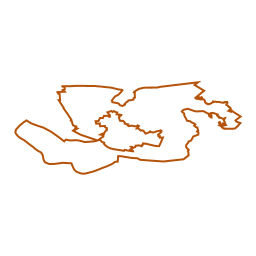 Salaspils pag., Salaspils, Latvia (Natural Earth projection)
{"feature_id": "27541924B60067262699330", "entity_name": "Salaspils pag.", "entity_type": "district", "adm_level": 2, "iso_a3": "LVA", "parent_name": "Latvia", "parent_adm1": "Salaspils", "projection": "natural_earth1", "projection_center": [24.381, 56.873], "detail": "fine", "context": "isolated", "style": "outline", "palette": "amber", "viewbox_px": 256, "rotation_deg": 0, "n_neighbors": 0, "source": "geoboundaries", "source_scale": "gbopen_adm2", "svg_char_len": 5801}
<svg xmlns="http://www.w3.org/2000/svg" viewBox="0 0 256 256"><path d="M188.3,152.4L188.1,151.2L187.9,150.9L188.7,150.0L188.5,149.4L187.5,148.7L186.8,148.1L186.1,146.8L186.1,146.1L186.3,144.9L188.0,142.9L188.5,141.6L191.1,140.5L193.3,136.5L198.3,134.6L198.4,132.7L197.5,131.8L197.0,131.5L197.2,131.2L198.2,131.1L198.2,130.8L198.0,129.8L197.4,128.2L197.4,127.6L195.7,127.0L194.2,125.7L195.4,124.6L195.3,124.3L194.5,123.7L191.6,122.4L189.9,121.1L187.2,120.9L184.2,115.3L184.2,113.5L181.8,111.6L182.7,110.3L185.2,109.3L187.1,109.0L187.6,108.7L193.9,110.9L195.5,111.3L196.9,111.4L203.3,111.1L207.7,113.4L209.4,113.8L208.9,114.5L209.2,116.0L210.7,117.2L211.5,117.5L211.5,115.2L211.0,115.0L210.6,114.5L210.6,113.4L210.8,113.1L212.5,112.9L214.0,113.2L217.7,114.5L217.1,115.5L217.4,115.8L218.7,116.4L218.4,116.7L219.2,117.9L220.0,117.7L221.2,118.0L222.9,118.8L223.8,118.6L224.5,118.2L225.0,118.1L224.8,118.5L224.0,119.7L223.8,120.1L223.9,120.5L224.6,121.6L224.9,123.0L222.9,123.4L223.1,123.8L223.9,123.6L225.1,123.6L225.8,124.8L225.1,124.7L225.3,125.2L223.3,125.7L223.2,125.5L222.0,125.0L220.5,124.1L219.8,122.1L218.9,122.5L219.5,124.4L220.0,124.7L220.0,124.9L220.1,125.0L221.0,125.0L221.8,125.2L221.5,125.6L221.6,125.8L221.5,126.0L220.7,126.0L222.3,126.9L222.5,127.3L222.2,127.6L223.7,128.5L225.5,128.6L225.4,128.8L228.1,128.7L232.5,128.8L235.2,128.4L237.2,126.4L237.6,126.4L237.8,126.2L238.3,125.3L240.4,123.1L236.3,121.6L235.5,120.4L240.6,116.5L231.8,110.9L231.4,111.2L231.1,111.8L228.9,111.0L230.5,110.4L230.7,110.2L229.3,110.0L229.5,109.6L230.2,109.5L230.5,109.3L230.7,108.7L230.4,107.9L229.8,107.3L228.7,106.8L228.1,106.2L228.1,105.9L226.3,104.8L227.4,102.9L227.2,102.0L224.4,102.1L224.4,102.6L223.5,102.8L220.9,102.4L218.7,101.9L216.9,102.1L215.8,101.6L214.2,101.9L213.4,101.4L213.0,101.5L213.0,102.2L210.0,103.9L209.0,104.0L208.1,104.3L208.0,104.2L207.9,103.9L207.0,103.5L206.6,103.7L205.2,102.5L205.1,102.3L205.1,101.6L204.8,100.7L204.3,99.9L203.9,99.5L202.9,99.3L200.7,99.4L200.5,99.0L199.5,99.0L199.1,99.2L198.4,98.5L197.8,98.8L197.4,98.4L198.9,97.6L202.1,98.0L201.7,97.2L201.1,97.6L200.5,97.6L198.2,97.1L197.9,97.9L196.4,98.8L195.4,97.9L196.6,96.9L198.8,95.0L204.1,90.7L194.6,85.0L198.0,82.3L160.5,86.8L157.4,87.5L152.6,87.5L151.7,87.8L151.2,87.5L148.8,87.7L148.0,87.6L144.6,87.7L143.5,87.8L139.2,88.8L138.3,89.2L134.8,91.3L134.2,91.9L133.9,92.4L134.8,92.7L134.7,93.0L134.9,97.6L133.6,98.2L133.5,99.6L131.1,100.2L128.7,100.3L128.2,100.6L127.9,101.2L127.0,102.0L126.3,102.3L124.6,104.1L124.9,104.5L124.6,105.0L122.4,105.9L120.0,105.3L118.5,103.4L112.5,102.2L112.6,101.9L111.8,100.6L114.2,97.4L115.4,96.2L118.2,94.9L120.8,92.3L122.4,90.2L122.1,89.9L118.5,89.4L111.0,87.6L103.6,86.9L103.4,86.8L102.6,86.7L96.5,86.2L94.9,86.0L86.8,86.0L84.9,85.9L75.6,85.9L70.1,86.2L61.5,86.2L64.5,87.1L64.7,87.6L64.7,89.3L62.8,90.0L63.8,90.8L64.7,91.7L60.5,91.9L57.4,92.1L57.4,92.3L57.6,92.4L58.4,93.8L59.6,94.0L60.1,100.2L58.7,100.2L63.8,108.1L63.6,108.4L67.6,114.0L71.2,119.5L71.4,119.9L70.8,120.6L71.8,121.3L72.3,123.2L73.0,125.3L76.2,126.5L75.5,127.6L77.4,128.5L75.2,129.7L74.6,129.4L73.0,130.7L79.4,134.1L81.4,135.0L95.0,139.6L97.7,140.4L96.2,140.9L95.2,141.2L90.1,141.7L84.5,142.1L84.3,142.0L84.3,141.9L81.6,141.2L78.4,140.4L75.3,140.2L72.1,140.4L69.6,140.4L65.9,139.6L64.2,141.4L59.5,137.7L51.4,131.9L43.4,127.6L37.1,125.6L31.1,123.3L26.5,120.4L23.8,122.2L20.0,125.2L15.8,129.8L15.8,130.8L15.5,131.6L15.4,132.7L16.2,134.0L17.5,135.7L19.2,137.2L20.5,138.2L23.9,140.0L29.5,144.4L33.3,147.1L35.1,148.8L37.4,150.4L38.6,151.2L39.8,151.7L40.9,152.5L41.7,153.3L42.6,154.9L43.1,157.0L43.3,158.7L43.9,160.4L44.8,162.1L47.0,163.2L49.0,163.9L49.9,164.0L54.5,163.9L60.9,163.1L62.2,162.8L71.4,163.3L72.1,165.0L73.7,168.7L74.5,169.9L75.8,171.2L76.9,171.9L80.2,173.2L82.6,173.7L84.1,173.7L86.5,173.3L93.2,171.5L94.8,171.0L103.6,167.5L106.2,166.6L111.2,164.4L113.2,163.3L113.8,162.7L115.0,161.9L117.3,161.5L117.7,161.6L118.2,156.1L121.5,156.3L131.3,157.9L137.5,158.3L140.1,159.8L163.3,161.5L183.5,159.3L188.6,155.4L188.3,152.4ZM104.0,133.2L106.3,130.1L106.8,130.2L107.0,129.5L106.7,128.3L106.8,128.1L105.4,127.4L104.7,126.5L104.8,126.0L100.1,126.2L99.7,124.1L99.8,123.5L96.2,123.7L95.6,121.2L98.4,121.1L100.0,118.0L102.9,118.1L103.9,115.9L108.0,115.9L108.5,116.1L108.9,116.6L109.2,116.8L110.0,116.6L109.8,116.1L109.9,115.7L109.7,115.0L109.4,114.9L107.5,112.3L111.4,111.0L112.6,112.0L113.9,111.1L115.7,112.1L117.2,112.5L116.6,114.3L120.1,114.8L120.1,114.7L121.3,115.0L121.1,115.4L120.2,115.3L119.6,116.7L119.1,116.5L119.0,118.1L119.4,118.9L119.9,120.6L120.3,120.9L123.2,120.9L124.9,122.8L125.0,123.0L124.8,123.7L128.1,124.4L127.6,125.2L127.8,125.4L127.9,125.2L129.1,126.2L131.5,125.6L135.4,126.4L137.1,125.9L137.6,125.4L138.9,126.0L136.9,128.4L138.3,128.3L140.4,130.4L140.7,130.6L142.1,130.3L143.5,130.8L145.5,133.6L149.5,132.2L149.9,131.9L150.2,131.1L150.6,130.8L150.1,131.9L150.2,132.0L153.3,132.5L157.5,131.1L158.6,131.0L160.8,130.3L161.4,130.9L160.9,131.4L160.8,131.9L161.1,132.1L160.0,133.2L158.7,134.2L158.6,134.5L158.1,134.7L158.5,136.3L159.8,136.2L159.9,137.7L162.9,137.5L161.0,142.1L159.1,146.2L156.9,146.1L153.7,145.6L145.5,143.6L145.3,143.8L143.3,143.3L143.0,143.9L142.9,143.9L142.6,144.3L142.9,144.4L142.5,145.2L142.2,145.2L141.7,146.2L138.8,145.3L138.2,145.5L135.6,145.7L135.3,147.0L133.3,147.8L132.2,146.9L131.1,146.9L131.9,147.8L131.9,148.5L130.6,149.2L133.1,151.0L133.1,151.3L131.4,151.1L131.5,150.7L130.7,150.6L130.6,151.0L124.5,149.9L124.0,150.8L112.7,149.0L111.0,148.5L109.7,148.1L107.9,147.2L106.8,146.5L104.8,144.9L104.7,144.5L103.9,143.8L104.2,142.7L103.8,142.6L103.6,142.6L101.8,141.8L101.3,141.3L100.6,140.4L100.1,140.0L99.6,139.8L99.0,139.9L98.5,140.1L98.4,140.1L101.0,138.0L103.3,136.6L102.9,135.6L103.4,135.1L100.6,134.6L102.0,133.9L104.0,133.2Z" fill="none" stroke="#b45309" stroke-width="2"/></svg>